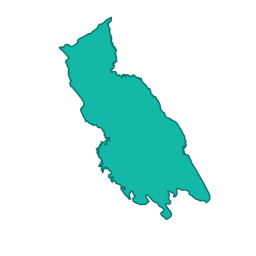 the district of Akat Amnuai, Sakon Nakhon, Thailand, rotated 148°
{"feature_id": "78962969B83463915016953", "entity_name": "Akat Amnuai", "entity_type": "district", "adm_level": 2, "iso_a3": "THA", "parent_name": "Thailand", "parent_adm1": "Sakon Nakhon", "projection": "equal_earth", "projection_center": [103.97, 17.642], "detail": "fine", "context": "isolated", "style": "filled", "palette": "teal", "viewbox_px": 256, "rotation_deg": 148, "n_neighbors": 0, "source": "geoboundaries", "source_scale": "gbopen_adm2", "svg_char_len": 5833}
<svg xmlns="http://www.w3.org/2000/svg" viewBox="0 0 256 256"><g transform="rotate(148 128 128)"><path d="M141.9,30.0L138.2,30.5L136.9,31.9L136.2,34.6L137.0,39.2L136.7,42.9L136.2,43.4L135.5,43.5L133.0,41.4L131.0,42.7L130.7,43.5L131.3,45.7L131.2,46.5L128.1,49.9L128.1,52.4L127.7,53.2L126.4,52.0L123.6,47.9L123.9,46.9L125.6,46.0L125.6,45.5L125.0,44.9L123.1,45.1L121.7,46.0L120.7,47.2L119.4,50.4L118.9,50.7L116.7,49.4L115.2,46.7L111.6,44.9L110.1,41.9L110.2,41.0L111.0,39.8L111.0,39.1L109.8,37.1L108.4,32.4L106.7,30.3L105.4,27.8L103.2,27.2L101.5,25.5L101.0,24.5L101.2,23.3L99.5,23.3L96.5,24.3L95.1,26.2L94.2,28.2L93.2,41.0L92.6,55.5L92.5,65.2L91.7,68.2L91.7,70.7L91.2,72.5L91.2,72.9L93.0,73.8L92.9,74.7L93.3,75.9L94.0,75.8L94.4,76.9L94.2,77.3L93.6,77.1L93.7,77.5L93.3,77.7L93.6,78.0L93.1,78.3L93.3,78.5L93.0,78.5L92.8,79.1L93.0,79.6L92.4,80.3L91.8,80.4L91.6,81.6L91.9,82.3L91.5,82.5L91.4,83.3L90.2,82.7L90.1,81.8L89.6,82.2L89.4,81.7L88.7,82.6L87.8,82.5L87.6,83.4L87.8,83.5L87.8,84.7L86.2,85.3L86.3,85.9L85.8,86.9L86.1,87.4L85.7,87.9L85.9,88.3L84.4,91.2L84.4,92.3L84.7,92.6L84.2,95.3L84.6,96.0L84.1,97.1L83.9,99.1L84.2,101.0L83.9,104.8L84.4,107.9L85.3,108.6L85.5,109.7L86.5,111.5L87.3,112.0L87.2,113.5L89.6,116.0L90.1,117.8L89.3,121.3L90.3,123.9L90.5,125.6L90.2,127.2L88.8,130.3L88.3,132.2L88.5,134.3L88.0,135.0L88.5,137.2L88.1,139.4L88.6,140.4L89.8,141.2L89.6,142.0L90.4,145.2L89.5,146.6L88.8,149.8L89.0,150.3L90.4,151.0L90.1,154.2L90.6,155.1L90.5,156.5L91.4,157.8L91.1,159.0L91.4,159.5L91.2,161.2L91.5,161.4L91.0,162.1L91.4,162.7L90.9,162.7L90.7,163.3L91.7,164.0L92.5,163.8L92.7,165.3L93.1,165.1L94.5,167.3L94.8,169.7L95.7,170.1L96.3,169.2L97.3,169.3L97.4,170.0L98.2,170.9L98.7,170.7L99.8,171.4L99.6,172.7L100.3,173.4L102.0,174.3L102.7,173.3L102.7,175.0L103.8,175.9L104.9,175.8L104.6,174.9L105.0,174.5L105.4,174.9L106.6,174.4L106.6,175.3L107.4,176.6L107.0,177.3L107.9,177.9L109.1,177.8L109.4,179.5L108.8,180.2L109.1,180.7L108.7,182.1L111.0,183.9L111.8,183.6L112.9,184.0L112.2,186.4L111.6,186.1L111.5,186.4L111.0,186.5L110.7,186.0L109.8,186.8L109.5,186.2L109.6,186.6L109.2,186.5L109.4,186.9L108.5,186.7L106.6,187.8L106.7,188.5L107.2,188.9L106.7,189.8L107.0,190.0L106.7,190.6L106.4,190.2L106.0,190.6L106.1,189.9L105.5,190.2L105.7,190.7L105.2,191.0L104.6,190.1L104.1,190.4L104.2,190.9L102.2,190.5L102.1,191.8L100.4,193.6L99.6,197.6L99.0,197.6L98.4,199.0L96.5,200.1L96.7,201.5L97.3,201.6L97.1,202.2L96.9,201.9L96.6,202.4L97.0,203.1L96.4,203.4L96.9,203.7L97.0,204.6L97.2,204.2L97.6,204.8L97.2,204.8L97.1,205.7L96.4,206.9L97.1,207.1L97.3,207.9L96.6,207.3L96.8,207.8L96.2,208.6L96.7,209.1L95.9,210.8L96.1,211.0L95.6,211.0L95.5,212.0L95.0,212.2L94.9,212.9L94.5,212.5L93.9,213.8L92.8,219.6L92.4,219.7L91.9,221.0L91.3,220.7L91.3,221.4L90.8,222.0L90.9,223.5L90.9,224.2L90.4,224.6L90.5,226.0L90.2,225.9L89.8,227.1L89.4,226.9L88.5,227.8L87.6,227.2L86.6,227.9L86.1,227.7L85.1,228.3L83.7,230.7L83.0,230.7L89.1,231.0L93.2,229.9L93.9,230.3L95.2,230.0L97.1,231.0L99.0,230.5L100.6,229.0L107.3,228.4L109.8,227.7L110.8,228.6L123.0,229.4L124.1,228.8L125.9,226.9L130.8,226.4L133.1,227.0L134.6,230.5L136.1,231.5L137.3,231.6L139.9,230.6L140.6,231.0L140.8,231.6L141.7,231.6L143.2,232.7L143.6,232.1L142.9,229.1L142.2,227.6L142.3,226.8L142.0,226.6L141.8,225.3L141.3,220.8L140.7,219.8L140.7,218.7L145.3,217.8L145.9,216.4L145.9,214.7L146.8,212.4L146.7,210.5L147.0,209.0L148.1,208.4L148.9,206.6L149.6,206.2L151.1,201.2L151.0,198.9L151.6,198.4L151.4,197.8L152.1,197.8L153.6,196.7L154.2,194.8L154.4,193.8L153.6,192.2L152.7,185.9L151.8,177.5L151.8,173.6L152.3,172.2L153.4,170.9L154.9,170.1L156.9,169.7L158.1,168.9L158.2,168.1L158.8,167.7L159.2,165.2L159.1,163.3L159.3,162.6L159.6,162.5L159.6,161.6L159.8,161.1L159.6,159.5L159.7,157.5L160.3,156.6L160.0,156.5L160.1,156.0L159.6,156.1L159.1,155.5L158.2,152.8L155.6,148.2L154.2,148.3L153.5,147.8L153.0,144.4L150.9,142.6L150.5,141.8L150.6,136.1L151.2,134.5L151.8,134.7L151.6,132.9L152.4,131.9L151.0,130.9L151.6,130.5L150.9,129.4L149.0,130.2L148.8,129.7L149.3,129.0L150.0,129.0L150.2,127.2L151.3,128.7L152.3,128.7L152.5,129.6L153.2,128.8L154.1,128.7L153.1,128.2L153.4,127.6L153.7,128.1L154.1,128.0L154.5,126.3L155.0,126.3L155.2,125.5L156.5,126.6L156.2,128.3L157.8,130.3L158.3,129.0L159.7,129.0L160.3,127.5L160.9,128.4L162.2,127.0L162.7,127.2L163.9,126.9L163.5,125.8L164.2,125.9L164.6,127.0L164.9,126.9L165.1,126.1L165.7,126.8L165.9,125.4L165.2,125.1L165.2,123.8L165.9,124.4L165.7,122.8L166.3,122.6L166.3,123.6L167.1,123.9L167.3,122.3L166.9,122.4L166.4,121.6L167.6,120.9L167.4,119.7L168.1,118.6L167.6,118.3L167.5,117.4L166.8,117.3L167.4,116.4L167.2,115.4L167.5,115.0L167.5,113.3L168.9,113.5L168.6,112.6L168.8,111.9L168.4,111.3L169.8,110.2L170.4,110.3L170.5,111.1L170.0,111.3L170.5,112.3L170.9,112.3L171.0,111.7L171.6,111.6L171.7,111.1L171.1,111.2L171.2,110.6L172.7,111.3L172.8,110.6L171.9,110.0L170.9,110.0L170.4,109.3L171.4,108.1L171.6,107.2L172.3,107.3L172.9,106.2L172.4,104.7L173.0,103.9L172.4,103.9L171.6,104.7L171.3,106.4L170.6,105.7L169.7,106.4L169.3,106.1L169.3,106.7L167.9,106.1L167.6,106.6L166.9,106.3L166.8,104.9L167.4,104.5L166.3,103.9L166.2,101.5L165.3,99.7L166.1,98.0L169.0,98.4L169.8,97.8L170.4,96.0L169.0,94.3L167.5,95.1L166.5,94.3L167.2,93.2L170.1,92.8L170.0,90.5L168.4,90.9L167.6,90.3L167.1,88.3L167.4,87.1L165.5,85.4L163.8,81.2L162.2,79.3L162.4,78.1L163.4,77.5L163.9,78.1L163.9,80.0L164.2,80.8L165.3,81.3L166.1,80.6L165.8,72.9L164.8,69.4L164.5,66.8L163.3,66.6L162.9,69.8L161.7,71.3L159.0,72.8L158.4,72.5L158.1,71.7L157.9,70.9L158.4,68.8L158.2,66.1L160.9,65.7L162.0,64.5L162.1,62.7L161.4,61.0L158.0,56.5L153.4,53.9L149.1,54.7L149.4,57.2L149.1,58.8L149.2,60.7L148.9,61.3L147.7,61.3L146.7,60.0L145.4,53.0L144.5,50.9L142.8,48.8L142.8,44.9L141.4,42.7L140.9,40.9L141.0,39.5L141.6,38.6L144.8,38.6L145.7,37.6L145.4,35.3L144.2,32.3L144.0,30.4L141.9,30.0Z" fill="#14b8a6" stroke="#0f766e" stroke-width="1.5"/></g></svg>